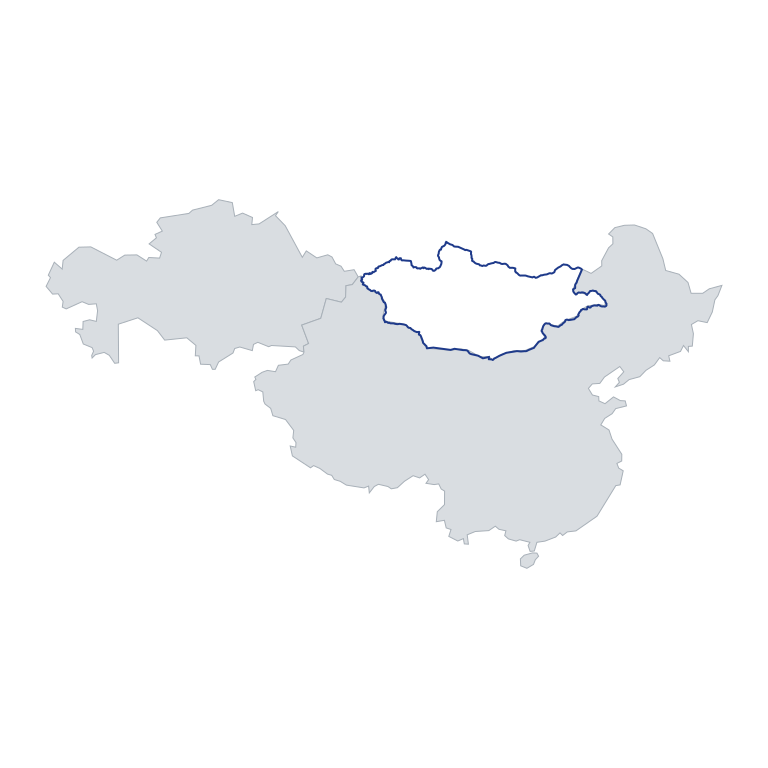 map of Mongolia with Kazakhstan and China greyed out
{"feature_id": "MNG", "entity_name": "Mongolia", "entity_type": "country or territory", "adm_level": 0, "iso_a3": "MNG", "parent_name": "Asia", "parent_adm1": "", "projection": "mercator", "projection_center": [102.872, 46.856], "detail": "fine", "context": "with_neighbors", "style": "outline", "palette": "blue", "viewbox_px": 768, "rotation_deg": 0, "n_neighbors": 2, "source": "natural_earth", "source_scale": "50m", "svg_char_len": 10050}
<svg xmlns="http://www.w3.org/2000/svg" viewBox="0 0 768 768"><path d="M358.2,276.9L352.3,284.6L346.0,285.7L345.6,297.1L341.4,302.2L326.3,298.5L320.8,318.3L301.7,325.1L308.6,343.5L303.4,346.2L304.0,352.1L299.3,350.6L295.4,346.9L271.5,345.5L268.7,346.7L257.8,342.3L253.5,344.4L252.3,350.6L239.8,347.0L234.7,348.5L233.0,353.0L218.6,362.0L215.2,369.3L212.4,369.3L210.3,364.6L200.6,364.2L199.0,355.9L195.3,355.8L195.9,345.4L186.8,337.8L164.7,340.1L157.4,330.6L137.9,317.8L118.3,324.2L118.6,362.8L114.7,363.3L109.3,355.3L104.2,352.4L95.5,354.6L92.1,358.0L91.7,355.5L93.6,351.2L92.1,347.6L83.3,344.0L79.8,334.5L75.6,331.9L75.4,328.4L82.8,329.4L83.1,321.5L89.6,319.8L96.3,321.4L97.6,310.7L96.3,303.8L88.6,304.4L82.1,301.7L66.2,308.9L62.3,307.1L63.1,301.4L58.2,293.8L52.6,294.1L46.1,286.4L50.5,277.6L48.3,275.2L54.3,262.2L62.2,269.1L63.1,260.4L78.9,247.2L90.8,246.9L116.7,260.2L124.8,255.1L136.9,254.9L146.6,261.1L148.8,257.5L159.6,258.1L161.5,252.3L149.1,243.9L156.4,237.8L155.0,234.4L162.3,231.1L156.8,222.3L160.3,217.9L188.9,213.4L192.6,210.1L211.7,205.3L218.6,199.7L232.3,202.6L234.7,216.3L242.6,213.1L252.5,217.5L251.8,224.6L259.1,223.9L278.3,211.6L275.5,215.7L285.2,225.7L302.3,257.3L306.3,250.9L316.8,257.9L327.8,254.8L332.0,257.0L335.7,263.9L341.0,266.2L344.3,271.3L354.1,269.7L358.2,276.9Z" fill="#d9dde1" stroke="#a8b0b8" stroke-width="1"/><path d="M526.9,568.3L520.7,565.8L520.4,558.9L524.2,555.2L532.5,552.9L536.9,553.1L538.6,556.2L535.3,559.8L533.5,564.4L526.9,568.3ZM304.0,352.1L303.4,346.2L308.6,343.5L301.7,325.1L320.8,318.3L326.3,298.5L341.4,302.2L345.6,297.1L346.0,285.7L352.3,284.6L358.2,276.9L361.1,275.9L363.1,284.0L369.6,290.1L380.4,294.4L385.7,303.4L382.8,316.4L385.5,321.1L404.9,324.4L414.1,331.1L418.8,332.3L422.3,342.1L426.8,348.3L450.9,350.3L461.1,348.9L468.6,350.4L479.9,356.7L489.1,356.7L492.5,359.9L501.4,354.4L513.7,350.8L525.2,350.4L534.1,346.7L544.9,337.6L541.2,330.0L545.2,323.1L557.4,326.2L565.0,320.5L576.6,316.3L582.2,309.0L587.6,305.9L598.7,304.4L604.7,305.6L605.5,301.7L598.6,293.8L592.5,290.1L586.6,294.3L579.1,292.6L574.8,294.0L572.8,289.4L581.9,269.0L591.1,273.4L601.8,265.9L601.7,260.7L608.6,247.8L612.9,243.8L612.8,236.9L608.6,234.0L614.9,227.6L624.4,225.3L634.5,225.0L645.9,228.8L652.6,233.5L662.9,258.8L665.7,270.5L679.0,274.2L688.0,282.5L691.1,293.3L702.7,293.3L709.3,288.8L721.9,285.4L717.9,295.7L714.9,299.8L712.3,312.0L707.2,322.6L697.9,320.7L691.4,324.5L693.4,333.7L692.3,346.1L688.4,346.4L688.4,351.7L683.5,345.5L680.5,351.4L668.7,355.8L669.9,361.2L663.3,360.8L659.7,357.6L654.4,364.9L646.0,370.3L639.8,376.7L629.1,379.6L623.5,384.2L615.3,386.9L619.4,382.3L617.8,378.5L623.8,371.8L619.8,366.5L604.5,377.0L599.8,383.4L592.3,383.9L588.4,388.4L592.4,395.0L598.7,396.6L598.9,400.9L605.0,403.7L613.5,396.9L620.3,400.6L625.2,400.9L626.5,405.9L615.7,408.6L612.1,413.7L604.7,418.4L600.8,424.9L609.0,430.0L612.0,439.1L621.8,454.3L621.7,461.0L616.9,463.4L618.7,468.1L623.2,470.8L620.1,484.9L615.8,485.6L597.0,516.2L575.9,530.9L567.3,531.9L562.6,535.5L560.0,532.9L555.7,537.0L545.0,541.1L536.9,542.3L534.3,551.0L530.1,551.4L528.1,545.5L529.9,542.3L519.7,539.7L516.1,541.1L508.4,538.9L504.7,535.6L505.9,530.8L499.0,529.3L495.3,526.2L488.8,530.6L475.3,531.5L467.2,534.8L468.4,544.2L464.3,543.9L463.4,538.6L457.8,541.0L448.8,536.4L451.0,529.5L446.2,527.9L444.4,520.3L436.3,521.7L437.3,511.7L444.5,504.6L444.6,491.1L441.2,489.0L438.7,483.9L434.2,484.6L426.0,483.3L428.6,479.6L425.0,474.2L419.6,477.9L413.1,475.7L404.4,481.3L397.4,487.7L391.3,488.8L387.9,486.5L378.4,484.3L374.3,486.5L369.3,492.9L368.6,486.1L364.0,487.9L346.4,485.1L340.2,481.3L334.3,479.5L331.7,475.3L327.5,474.1L319.8,468.4L313.6,465.6L310.5,467.8L292.4,455.9L290.2,446.0L295.7,447.2L296.0,442.6L292.9,437.9L293.7,430.4L285.5,419.5L272.9,415.7L270.7,408.4L265.0,404.0L263.7,401.2L262.8,391.9L258.2,389.7L255.7,390.7L253.7,381.6L255.9,379.4L254.8,377.0L262.1,372.3L267.4,370.4L275.5,371.7L278.4,365.3L288.2,364.1L290.9,360.0L302.9,354.5L304.0,352.1Z" fill="#d9dde1" stroke="#a8b0b8" stroke-width="1"/><path d="M361.6,277.5L362.5,277.5L363.9,276.4L364.1,275.9L364.1,274.9L364.5,274.1L366.0,273.7L366.5,273.9L367.9,273.7L368.7,274.2L369.4,274.1L369.6,273.8L369.6,273.2L369.9,273.1L370.4,273.7L370.7,273.9L371.5,273.5L372.0,273.2L372.2,272.4L372.5,272.0L373.0,272.2L373.7,272.2L374.3,271.6L375.7,271.0L375.8,270.6L375.5,269.7L375.6,268.8L376.4,268.2L377.4,268.2L378.1,267.8L378.3,266.8L378.7,266.5L380.0,266.2L382.2,265.1L383.3,265.0L384.1,264.0L384.7,263.8L386.1,262.7L388.5,262.0L389.1,262.1L389.3,261.4L389.9,260.9L390.5,260.8L391.3,259.7L392.1,259.3L395.0,259.3L395.6,258.4L395.8,257.5L396.3,257.3L396.8,258.0L398.0,259.0L398.3,259.4L398.8,259.5L399.2,259.1L399.5,258.3L400.1,258.2L400.8,258.3L401.3,259.8L402.0,260.4L403.3,260.3L406.0,260.6L409.4,260.8L410.7,261.0L411.0,261.5L411.5,264.0L411.5,265.0L411.9,265.5L412.3,265.7L413.1,266.6L413.5,267.4L414.3,267.1L415.9,267.1L416.6,267.5L416.8,268.1L417.3,268.4L419.4,268.3L419.8,268.6L420.4,268.7L420.8,268.3L421.9,268.0L422.5,267.5L423.0,267.5L423.6,268.1L424.0,267.9L424.2,267.6L424.6,267.6L425.8,268.2L426.5,268.8L427.0,268.9L428.0,268.6L428.2,268.9L428.7,269.1L429.5,268.7L431.6,269.0L432.5,269.9L432.8,270.5L433.3,270.8L434.5,270.7L435.9,269.5L436.2,268.7L437.2,268.3L438.2,268.3L438.9,267.7L439.4,267.5L440.1,266.7L441.3,264.0L441.6,261.8L441.5,261.3L441.0,261.0L440.5,260.8L439.6,259.9L439.1,258.4L439.0,257.4L438.0,255.8L438.1,255.0L438.7,253.6L438.8,252.2L439.0,251.4L439.3,251.0L439.6,250.2L440.1,249.7L440.8,249.7L441.0,249.5L441.2,248.6L441.7,247.4L442.0,246.9L444.2,245.8L445.2,244.6L445.5,243.9L445.8,242.5L446.2,241.9L446.7,242.1L447.2,242.9L447.7,242.9L450.1,244.3L452.5,245.0L454.0,246.4L454.9,246.6L458.2,246.8L464.0,249.4L465.2,250.1L465.8,249.9L466.6,249.9L470.7,251.3L471.1,251.8L471.1,252.5L471.0,253.0L471.0,254.3L471.4,255.0L471.6,256.8L471.5,257.7L471.7,258.2L472.0,258.4L472.3,259.0L472.1,260.0L472.1,260.6L472.4,261.1L473.5,261.4L474.1,262.1L475.1,263.0L476.4,263.7L478.7,264.2L479.3,264.5L479.8,265.3L480.7,265.4L482.3,266.0L483.6,265.5L485.7,265.8L486.5,265.6L487.8,264.4L488.7,264.0L489.7,263.9L490.4,263.6L492.6,263.1L493.5,263.0L494.8,262.1L495.7,262.0L498.1,262.7L499.5,262.8L501.0,263.7L502.1,264.0L504.8,263.7L505.8,263.9L507.6,265.3L508.3,266.6L509.8,267.8L512.9,267.8L515.0,268.3L515.3,268.5L515.2,269.4L515.2,271.3L515.4,271.7L515.7,271.8L515.9,272.4L517.3,273.2L518.8,274.8L519.7,275.4L520.4,275.6L521.3,275.5L525.1,275.5L526.8,275.9L527.3,276.2L532.5,277.4L533.4,276.9L534.2,276.8L535.7,277.8L536.3,277.7L537.3,277.4L541.1,275.2L541.8,275.4L544.2,274.7L546.8,274.4L549.1,273.4L550.0,273.2L551.5,273.5L552.4,273.3L554.3,272.2L555.1,270.0L558.2,267.6L560.6,266.4L562.0,265.2L563.7,264.4L564.4,264.6L567.1,264.9L569.1,266.0L569.8,266.9L571.2,268.2L572.4,268.9L574.6,269.0L577.7,267.5L578.4,267.5L579.4,267.9L580.9,268.6L581.5,269.1L581.9,269.7L577.0,281.2L576.9,281.9L576.4,283.0L575.4,284.3L575.1,285.7L575.2,286.9L575.1,288.1L573.1,289.4L573.3,291.5L573.8,292.3L574.5,293.2L575.9,294.5L576.7,294.2L577.3,293.3L578.5,292.5L580.6,292.7L581.7,292.4L582.5,292.4L583.6,292.6L584.9,293.1L585.9,293.9L586.5,294.7L587.0,294.9L587.8,293.8L588.6,293.1L590.2,291.0L591.8,290.9L592.3,290.7L593.1,290.6L593.8,290.9L595.8,291.1L596.3,291.5L597.8,293.7L599.8,294.5L600.2,294.8L600.6,295.9L600.9,296.3L601.8,296.9L602.1,297.6L603.6,299.3L605.0,300.5L605.4,301.2L605.4,301.9L605.6,302.4L606.5,303.8L606.4,304.5L606.5,305.2L606.2,305.9L605.0,306.6L604.3,306.6L603.2,306.4L602.1,306.5L600.9,306.2L599.8,305.6L599.3,305.2L598.4,304.9L598.0,305.0L597.5,305.6L596.9,305.5L596.4,305.6L594.3,305.4L592.5,305.9L591.3,306.4L590.6,307.4L590.0,307.6L589.5,307.5L588.5,306.8L587.7,306.8L587.4,307.0L587.1,308.5L587.1,309.0L586.9,309.3L586.4,309.4L584.2,309.3L583.3,309.0L582.7,309.1L582.0,309.7L581.4,309.8L581.0,310.1L580.7,311.0L579.5,312.2L578.3,314.5L578.6,315.5L578.2,316.1L577.6,316.7L577.0,316.8L576.2,317.4L574.3,319.2L570.3,319.9L568.5,320.1L567.1,319.6L566.4,319.7L565.7,320.0L565.4,320.2L565.2,321.2L564.7,322.0L562.7,323.6L562.1,324.5L561.7,324.8L560.5,325.3L558.8,326.7L558.3,326.9L556.1,326.4L554.2,326.2L551.6,325.4L550.8,325.1L550.0,324.1L549.3,323.5L547.1,323.5L546.4,323.3L545.4,323.5L544.3,324.5L543.3,326.0L542.7,327.7L542.3,329.4L541.7,330.4L541.6,331.0L541.8,331.4L542.3,332.0L542.5,332.8L543.2,333.7L545.0,335.6L545.7,336.8L545.8,337.5L545.7,337.9L545.3,338.3L544.4,338.4L542.7,340.2L542.4,340.2L538.6,341.8L534.5,347.0L534.0,347.8L528.6,350.0L526.7,351.0L525.9,351.2L524.3,351.2L520.9,351.5L517.0,351.1L506.3,352.8L499.4,355.8L495.2,358.1L494.3,358.4L493.2,359.7L492.6,359.9L491.7,359.4L488.9,359.2L488.9,357.0L482.9,358.3L478.1,355.7L471.1,354.1L469.7,353.5L469.0,352.7L467.7,350.9L467.3,350.6L466.0,350.2L463.0,350.1L454.5,348.8L450.6,349.9L433.3,347.6L427.0,348.3L426.8,348.0L426.7,347.0L426.4,346.1L425.4,345.2L424.7,344.4L423.4,343.2L423.0,342.5L422.9,341.4L421.0,336.4L420.5,335.4L420.1,335.0L419.2,334.8L418.9,334.5L418.9,333.8L419.3,332.1L419.1,331.9L416.8,332.1L414.3,331.1L412.6,329.8L411.6,329.3L410.4,328.0L408.5,327.7L407.8,327.1L407.0,326.0L406.2,325.2L405.1,324.8L403.4,324.4L399.6,323.8L398.0,324.1L396.8,324.1L394.9,323.8L393.8,323.4L390.4,323.3L389.3,322.8L388.3,322.9L387.6,322.6L387.0,322.1L386.3,321.8L385.6,321.8L385.3,322.1L385.0,322.1L384.8,321.3L384.1,320.2L384.0,319.6L383.4,318.5L383.7,316.2L384.4,314.9L384.8,314.5L385.9,312.9L385.9,312.1L385.5,311.3L385.3,310.3L385.3,309.7L385.7,309.0L386.2,307.4L386.2,307.0L386.0,306.7L385.8,305.0L384.9,302.7L383.8,302.2L382.1,299.0L381.9,298.5L381.9,297.6L381.5,296.5L381.0,295.5L380.8,294.8L380.7,294.6L379.8,294.3L379.1,293.8L378.8,293.1L378.7,292.6L378.5,292.3L378.0,292.2L377.6,292.7L377.0,292.9L376.6,292.9L375.5,291.9L375.0,290.9L374.3,290.6L373.2,290.6L372.2,291.1L371.0,290.9L370.0,289.9L369.4,289.7L367.4,288.4L367.4,287.3L367.0,286.5L366.2,286.3L365.4,285.5L362.9,284.5L362.8,284.2L363.4,283.2L363.5,282.8L363.3,282.5L361.8,281.8L361.6,281.3L361.1,280.8L361.2,280.3L362.0,279.8L362.1,279.4L361.8,279.0L361.6,278.5L361.7,278.0L361.6,277.5Z" fill="none" stroke="#1e3a8a" stroke-width="2"/></svg>